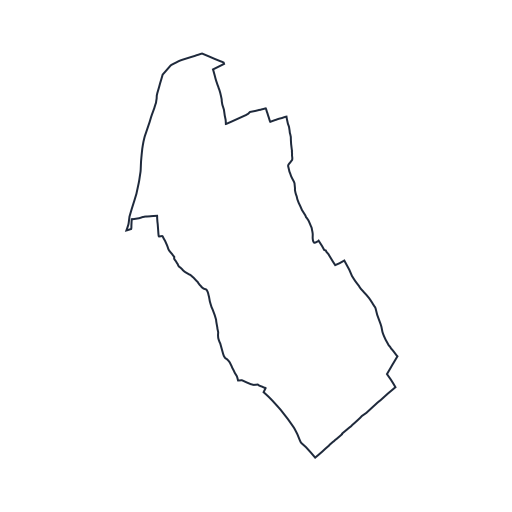 Bueng Kum, Bangkok Metropolis, Thailand (Robinson projection), rotated 351°
{"feature_id": "78962969B8359958585386", "entity_name": "Bueng Kum", "entity_type": "district", "adm_level": 2, "iso_a3": "THA", "parent_name": "Thailand", "parent_adm1": "Bangkok Metropolis", "projection": "robinson", "projection_center": [100.65, 13.809], "detail": "fine", "context": "isolated", "style": "outline", "palette": "slate", "viewbox_px": 512, "rotation_deg": 351, "n_neighbors": 0, "source": "geoboundaries", "source_scale": "gbopen_adm2", "svg_char_len": 6032}
<svg xmlns="http://www.w3.org/2000/svg" viewBox="0 0 512 512"><g transform="rotate(351 256 256)"><path d="M323.2,439.1L324.7,437.9L327.3,436.3L331.4,433.6L333.6,432.1L335.5,430.6L338.2,429.3L340.7,428.1L340.9,427.9L353.1,419.8L355.5,418.4L356.0,418.2L356.3,418.0L364.4,412.7L373.2,407.4L371.6,403.3L369.8,399.1L367.2,393.8L366.9,393.1L371.5,387.5L373.9,384.5L374.6,383.7L380.0,377.2L379.2,376.0L377.1,372.0L375.7,369.6L375.0,368.6L374.4,367.1L374.0,366.3L373.1,365.0L372.3,362.7L370.9,358.9L369.8,354.9L369.3,352.6L369.0,350.7L368.8,345.6L368.4,342.7L367.3,337.2L366.8,334.6L366.5,333.1L365.9,326.4L365.6,325.2L365.0,324.1L364.6,323.1L364.1,322.1L363.5,320.5L362.5,318.3L362.4,318.0L361.1,315.3L358.9,311.6L356.6,308.2L356.4,307.7L356.2,307.5L355.4,306.3L354.4,304.8L353.4,302.8L353.1,301.9L351.2,298.4L350.0,296.1L348.7,293.2L348.3,292.2L347.7,290.9L346.0,284.2L342.5,274.3L337.4,276.2L332.8,277.4L331.1,273.6L328.2,266.5L328.1,266.1L327.9,265.6L326.2,262.9L325.8,261.5L324.3,260.7L322.8,256.5L320.3,250.8L320.2,250.9L319.2,251.2L317.6,251.8L316.6,252.0L316.2,252.1L315.6,252.0L315.4,251.8L315.0,251.0L314.8,250.3L314.7,249.6L314.7,248.1L314.8,246.9L315.4,243.6L315.5,242.3L315.5,241.7L315.5,240.7L315.4,238.8L315.4,238.2L315.4,237.5L315.3,236.5L314.9,235.1L314.3,232.6L313.6,229.9L313.2,228.7L312.7,227.7L312.3,226.7L312.0,226.3L311.5,225.5L311.2,224.0L311.0,223.4L308.9,218.5L308.5,217.6L308.4,217.0L308.1,215.9L307.7,214.3L307.0,211.9L306.5,210.3L305.7,206.4L305.5,203.4L305.1,201.4L304.9,199.7L304.8,197.7L304.8,196.8L305.1,195.2L305.4,190.2L305.1,188.6L303.9,185.1L303.2,182.8L303.1,182.3L302.7,180.0L302.2,177.8L302.1,176.1L301.8,172.3L301.9,171.7L302.2,171.1L302.6,170.6L303.5,169.7L304.2,169.2L305.2,168.2L305.8,167.6L306.4,167.1L306.8,166.6L307.0,165.8L307.2,165.0L307.3,162.2L307.6,160.8L307.8,158.4L308.0,158.0L308.0,156.3L308.2,150.9L308.6,146.9L309.0,143.9L308.9,141.5L308.7,139.9L308.7,139.2L308.8,137.3L308.8,133.7L308.7,132.9L308.2,130.4L307.9,125.2L307.9,123.1L307.3,123.1L305.1,123.4L303.2,123.8L300.4,124.0L298.4,124.3L297.2,124.6L296.2,124.7L293.6,125.2L292.1,125.5L291.1,125.7L290.8,124.8L290.5,122.7L290.3,121.3L290.2,120.6L290.0,119.6L289.6,116.7L289.3,115.2L289.0,112.8L288.8,112.0L288.7,111.7L288.3,111.7L286.9,111.9L284.3,112.1L283.2,112.3L282.5,112.3L282.1,112.2L281.9,112.2L281.4,112.3L278.3,112.6L272.7,112.8L272.4,112.9L270.8,114.1L270.5,114.3L268.9,114.9L268.3,115.2L266.7,115.6L252.2,119.6L248.3,120.6L247.2,120.9L246.9,120.9L247.2,118.1L247.3,116.7L247.1,112.4L247.2,106.4L247.1,105.8L246.8,103.7L246.5,101.9L246.4,100.7L246.4,99.3L246.4,97.7L246.5,97.0L246.5,96.6L246.6,95.9L246.4,92.0L246.2,89.3L246.0,87.7L245.8,86.2L245.7,85.8L245.6,85.2L245.4,84.4L245.2,82.9L244.7,80.6L244.4,78.7L244.1,77.0L243.8,74.8L243.7,73.8L243.5,71.6L242.9,66.2L242.7,65.0L254.5,61.3L254.3,59.9L252.7,58.8L251.4,58.1L245.9,54.8L240.9,51.6L236.2,48.7L234.4,47.6L232.7,47.8L230.5,48.2L228.7,48.4L226.9,48.8L222.4,49.4L221.8,49.5L217.0,50.2L214.3,50.6L212.0,51.0L210.0,51.5L207.4,52.4L205.1,53.1L202.4,54.0L201.6,54.4L200.6,55.2L200.5,55.3L194.9,60.0L192.2,62.2L190.0,66.9L188.3,70.4L186.6,74.2L184.9,77.8L184.0,79.7L183.1,82.0L182.5,84.9L181.8,87.0L181.2,89.0L180.9,89.6L180.5,90.3L179.3,92.7L178.7,94.0L176.2,98.5L175.4,99.9L174.1,102.4L171.8,107.2L169.9,110.8L166.6,117.1L165.1,119.9L164.4,121.4L162.8,125.3L161.6,128.7L160.5,132.1L159.9,134.3L159.1,137.3L158.4,140.0L157.3,144.4L156.7,147.3L155.6,152.8L155.1,154.8L153.5,159.8L152.5,163.0L151.5,165.8L147.6,175.9L144.7,181.9L141.3,188.7L140.9,189.5L138.8,193.9L137.2,197.3L135.4,203.5L134.9,204.9L133.5,207.7L132.0,210.5L133.0,210.4L136.9,209.8L137.0,209.6L137.3,208.7L137.8,205.9L138.6,202.0L138.9,201.0L139.1,200.2L139.6,200.2L139.7,200.3L140.9,200.4L146.5,200.4L148.5,200.1L149.9,199.8L151.6,199.8L152.3,199.7L153.6,199.8L153.8,199.8L154.0,199.9L157.2,200.2L159.3,200.3L164.6,200.8L164.6,201.0L164.3,203.2L164.0,206.5L163.9,209.2L163.5,214.0L163.1,218.6L163.0,220.6L163.0,221.0L163.2,221.5L163.5,221.6L165.5,221.6L166.2,221.6L166.6,221.7L166.8,221.9L166.9,222.1L167.6,224.4L168.2,225.9L168.7,227.3L169.0,228.5L169.8,231.5L170.2,233.5L170.3,234.2L170.5,235.4L171.0,236.9L172.0,238.7L173.5,241.1L174.1,242.4L175.1,244.0L175.1,244.3L174.9,244.8L174.8,245.3L174.8,245.8L174.8,246.1L175.3,247.3L175.6,247.7L176.2,249.0L176.9,250.8L177.3,251.5L177.8,253.5L178.5,254.7L179.5,255.6L180.7,257.2L181.1,257.7L181.5,258.6L181.8,258.8L182.3,259.5L183.0,260.3L184.0,261.2L186.1,262.9L186.8,263.5L187.6,264.1L188.1,264.3L189.4,265.8L190.2,266.9L190.7,267.3L193.1,270.9L194.5,272.8L194.7,273.5L195.0,274.1L195.5,275.0L195.9,275.8L196.6,276.7L197.3,277.8L197.4,278.2L197.6,278.3L197.9,278.8L198.2,279.1L198.7,279.5L198.8,279.7L199.6,280.3L200.3,280.6L200.8,280.9L201.2,281.0L201.5,281.3L202.1,282.1L202.3,282.8L202.6,283.7L202.9,285.4L203.0,287.1L203.2,288.9L203.3,293.6L203.6,296.1L203.9,298.2L204.1,299.6L204.4,300.6L204.9,302.6L206.0,308.1L206.6,312.7L206.5,314.1L206.5,315.1L206.5,316.1L206.6,321.1L206.5,321.7L206.6,322.8L206.7,324.8L206.7,325.6L206.1,328.2L205.9,330.5L205.9,331.5L206.1,333.1L206.5,335.1L207.0,336.8L208.2,347.4L208.6,349.7L209.5,351.8L209.9,352.3L211.1,353.3L212.4,355.1L213.4,356.9L214.7,361.1L215.0,362.5L216.0,365.4L216.8,368.2L218.2,371.5L218.5,373.0L218.8,376.1L220.0,376.3L221.5,376.4L222.1,376.4L222.6,376.5L224.2,377.5L225.2,378.2L226.1,378.8L227.3,379.6L227.8,379.9L229.4,380.9L230.2,381.4L230.6,381.7L231.4,382.0L233.3,382.9L235.1,383.1L236.9,383.2L237.6,383.2L238.9,384.5L239.9,385.1L241.6,386.0L243.3,387.2L244.4,387.6L244.8,388.0L242.2,391.7L244.0,393.9L246.5,397.1L249.7,401.6L254.0,408.2L256.3,411.8L258.4,415.6L262.0,422.1L265.1,428.4L266.6,431.5L267.2,433.1L268.3,436.4L269.0,438.6L270.3,444.2L270.8,446.1L271.1,447.0L271.6,447.9L272.9,449.5L274.3,451.2L275.5,452.7L279.6,459.0L282.9,464.4L286.1,462.5L290.8,459.6L294.5,457.1L298.7,454.5L299.2,453.9L300.1,453.4L303.1,451.5L303.7,451.3L305.4,450.1L306.5,449.5L306.8,449.4L313.1,445.5L313.1,445.1L313.7,444.6L321.6,439.9L323.2,439.1Z" fill="none" stroke="#1e293b" stroke-width="2"/></g></svg>